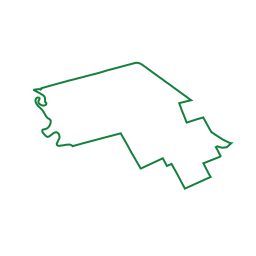 Salcioara, Ialomita, Romania, rotated 228°
{"feature_id": "2599482B59110009090263", "entity_name": "Salcioara", "entity_type": "district", "adm_level": 2, "iso_a3": "ROU", "parent_name": "Romania", "parent_adm1": "Ialomita", "projection": "robinson", "projection_center": [26.933, 44.559], "detail": "fine", "context": "isolated", "style": "outline", "palette": "green", "viewbox_px": 256, "rotation_deg": 228, "n_neighbors": 0, "source": "geoboundaries", "source_scale": "gbopen_adm2", "svg_char_len": 4003}
<svg xmlns="http://www.w3.org/2000/svg" viewBox="0 0 256 256"><g transform="rotate(228 128 128)"><path d="M106.4,193.5L116.3,191.4L120.1,190.6L124.3,189.7L124.8,189.6L125.0,189.5L130.0,188.5L133.9,187.7L135.8,187.2L137.6,186.8L139.9,186.4L143.9,185.5L144.8,185.3L145.7,185.1L146.7,184.9L147.2,184.8L148.1,184.6L149.0,184.4L150.1,184.2L150.8,184.0L152.2,183.7L153.6,183.4L155.2,183.1L155.9,182.9L156.3,182.9L157.5,182.6L158.1,182.5L158.5,182.4L158.9,182.3L159.5,182.2L160.5,182.0L161.5,181.8L162.6,181.5L163.3,181.4L163.9,181.2L164.5,181.1L165.2,181.0L166.6,180.6L167.3,180.3L168.4,179.8L168.9,179.5L169.7,178.9L170.4,178.3L170.9,177.8L171.1,177.6L172.1,175.9L172.3,175.4L172.4,175.1L172.7,174.6L173.2,173.6L177.0,166.2L180.5,159.3L184.7,151.2L184.9,150.7L185.8,148.8L188.3,143.5L189.3,141.5L192.0,136.4L194.4,131.8L196.3,128.0L197.7,125.4L201.7,117.7L202.1,117.0L202.5,116.4L202.6,116.1L203.0,115.5L203.0,115.3L205.4,110.5L207.9,105.6L213.8,93.8L213.8,93.7L215.5,90.3L215.5,90.2L215.1,89.9L215.1,89.7L215.4,89.3L215.4,89.2L215.2,89.0L215.0,88.9L215.1,88.6L215.5,88.5L215.8,88.4L216.0,88.3L216.1,88.2L216.8,87.4L217.6,86.2L218.0,85.8L218.1,85.5L219.7,83.2L219.5,83.3L217.8,83.9L216.6,84.3L215.1,84.9L213.2,85.6L212.4,85.9L210.8,86.3L209.9,86.6L209.2,86.8L208.6,86.9L207.9,86.9L207.1,86.8L206.4,86.6L205.7,86.2L204.6,85.4L204.0,84.9L203.5,84.5L203.1,84.1L202.8,83.9L202.3,83.9L201.9,84.0L201.6,84.1L201.3,84.0L201.0,83.8L200.7,83.6L200.5,83.3L200.2,82.8L200.2,82.4L200.3,81.9L200.6,81.2L200.9,80.6L201.4,80.0L202.1,79.4L202.7,79.1L203.4,78.8L204.2,78.5L204.7,78.4L205.2,78.3L205.9,78.3L206.4,78.4L207.1,78.7L207.6,79.1L208.1,79.7L208.4,80.9L208.6,81.3L208.8,81.8L209.1,82.1L209.4,82.2L209.8,82.1L210.2,82.1L210.6,81.8L210.8,81.5L211.1,81.2L211.4,80.6L211.4,80.1L211.4,79.6L211.0,78.5L210.6,77.9L210.2,77.5L209.4,76.9L208.6,76.6L207.6,76.3L206.5,76.1L204.8,75.9L203.8,76.0L201.9,76.2L199.8,76.3L197.8,76.3L196.6,76.1L193.5,75.4L192.9,75.2L192.3,75.1L190.9,74.9L189.6,74.9L188.8,75.0L187.8,75.4L186.9,75.6L186.2,75.7L185.8,75.6L185.3,75.5L184.8,75.1L184.2,74.6L183.7,74.0L183.3,73.4L182.9,72.8L182.6,72.0L182.2,71.2L182.0,70.4L181.9,69.7L181.8,68.5L181.9,67.4L182.3,66.3L182.7,65.5L183.3,64.4L183.7,63.9L183.8,63.5L183.7,62.8L183.1,62.3L182.6,61.9L182.1,61.7L181.6,61.6L181.1,61.6L180.2,61.6L179.3,61.5L177.8,61.6L176.9,61.6L175.7,61.9L175.4,62.1L175.1,62.4L174.9,62.7L174.7,63.2L174.4,64.3L174.3,66.0L174.2,66.7L174.1,67.7L174.1,68.6L173.9,69.7L173.6,70.6L173.3,71.3L173.0,71.8L172.4,72.2L171.5,72.4L170.6,72.6L169.7,72.5L169.0,72.2L168.3,71.9L167.6,71.4L166.8,70.9L166.4,70.3L165.8,68.8L165.5,67.9L164.7,66.2L164.2,64.8L163.9,64.4L163.4,64.1L162.7,63.9L162.4,63.9L161.8,64.1L161.2,64.6L160.7,65.0L160.3,65.6L160.0,66.1L159.7,66.7L159.1,67.3L158.7,68.0L157.9,69.2L157.4,70.1L156.9,70.9L156.1,71.9L155.6,72.5L155.1,73.2L154.5,73.7L153.7,74.2L152.9,74.5L152.1,74.7L151.6,74.6L151.1,75.8L150.8,76.3L148.5,80.8L146.4,85.1L146.3,85.3L144.7,88.3L143.2,91.3L143.0,91.6L142.9,91.9L142.8,92.1L142.4,92.8L137.3,102.8L132.1,112.8L130.5,115.9L128.9,119.0L116.1,116.2L114.5,115.8L107.3,114.1L99.3,112.4L91.7,110.8L89.6,110.3L89.3,110.4L82.2,133.6L81.9,133.5L73.7,131.5L72.2,136.3L62.8,134.2L62.3,134.1L44.9,129.7L38.3,150.6L36.3,156.6L37.7,156.9L39.4,157.3L41.1,157.7L51.3,160.4L48.8,167.2L48.7,167.4L45.1,177.2L45.3,178.1L45.5,178.2L46.7,178.4L50.3,179.4L55.0,180.5L54.6,182.1L53.6,182.7L52.5,183.4L51.6,183.9L50.4,184.7L50.2,184.9L49.5,185.9L49.0,186.7L48.2,187.7L47.6,188.5L47.6,189.2L47.6,189.9L47.6,191.4L47.6,194.5L47.9,194.2L48.2,193.9L48.4,193.8L49.6,193.3L50.6,192.9L53.3,191.8L55.2,191.0L55.6,190.9L56.8,190.5L58.8,190.0L60.8,189.4L63.5,188.7L65.3,188.2L66.9,187.8L68.0,187.5L69.1,187.2L73.7,188.2L85.5,191.0L88.3,185.2L89.4,182.7L91.3,178.5L91.6,177.7L92.3,176.3L92.7,175.3L93.4,175.4L95.1,176.1L96.6,176.7L97.7,177.1L99.5,177.8L102.4,178.8L104.2,179.5L105.9,180.1L107.7,180.9L110.3,181.9L112.2,182.7L109.9,187.0L108.4,189.8L106.9,192.6L106.4,193.5Z" fill="none" stroke="#15803d" stroke-width="2"/></g></svg>